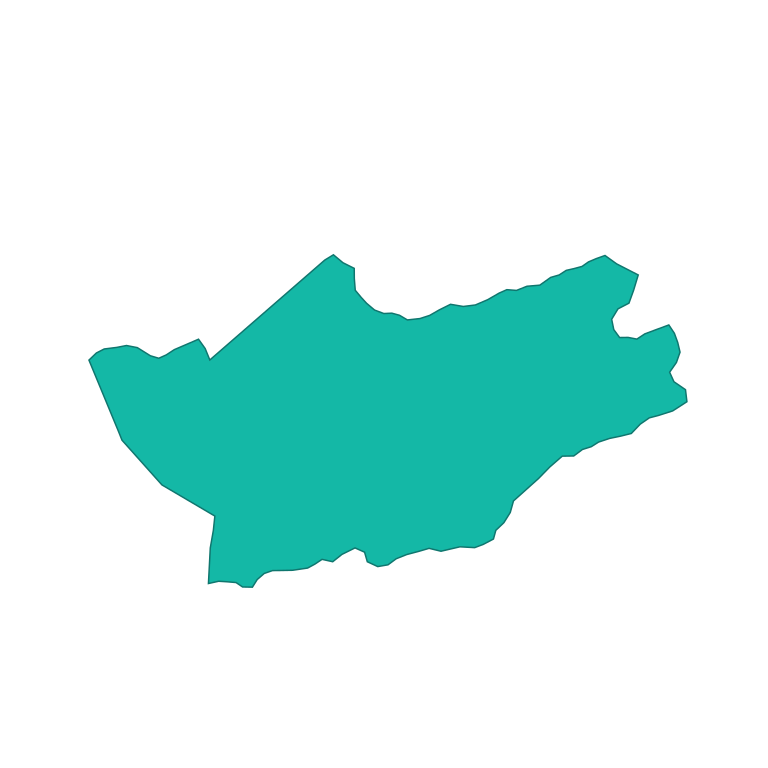 Piraí do Norte, Bahia, Brazil (Mercator projection), rotated 229°
{"feature_id": "56859067B87975960795932", "entity_name": "Piraí do Norte", "entity_type": "district", "adm_level": 2, "iso_a3": "BRA", "parent_name": "Brazil", "parent_adm1": "Bahia", "projection": "mercator", "projection_center": [-39.385, -13.812], "detail": "fine", "context": "isolated", "style": "filled", "palette": "teal", "viewbox_px": 768, "rotation_deg": 229, "n_neighbors": 0, "source": "geoboundaries", "source_scale": "gbopen_adm2", "svg_char_len": 1671}
<svg xmlns="http://www.w3.org/2000/svg" viewBox="0 0 768 768"><g transform="rotate(229 384 384)"><path d="M171.9,601.0L181.9,607.8L195.5,604.3L205.5,607.3L208.4,618.8L213.8,628.3L222.6,632.9L231.7,636.4L241.7,637.7L246.1,626.1L250.7,613.8L252.0,604.3L259.0,598.8L264.5,592.3L274.3,593.1L283.5,598.3L287.2,609.9L284.3,621.9L291.0,633.9L299.5,647.4L322.0,638.4L336.0,635.1L339.4,626.4L342.0,618.4L342.8,610.6L346.5,603.0L350.2,596.1L351.4,587.7L355.1,579.7L356.4,566.4L364.0,556.0L367.7,545.4L374.6,538.6L377.1,530.4L379.6,517.6L383.7,504.8L390.5,494.7L400.5,486.5L403.7,474.2L405.8,463.5L409.8,454.1L417.0,443.7L425.7,440.8L432.3,436.4L437.3,430.1L446.0,425.4L456.4,423.8L464.3,423.6L473.6,423.8L483.2,430.9L490.8,437.4L502.4,432.6L514.7,430.6L516.4,420.6L516.4,354.6L516.4,303.9L516.4,268.3L528.1,272.3L539.5,273.4L543.4,261.1L547.5,248.3L548.8,238.8L551.2,230.9L558.6,226.2L573.3,221.7L582.0,214.9L586.9,206.4L594.0,195.8L596.1,187.3L595.6,177.0L521.5,152.2L513.5,149.4L453.5,150.2L395.3,169.7L385.5,159.2L374.3,145.4L348.6,120.6L343.6,129.8L337.8,135.7L331.2,142.1L323.6,144.1L317.0,151.4L319.6,160.0L319.6,169.3L316.3,177.5L311.2,183.5L303.4,192.8L295.2,205.6L293.4,213.7L292.3,222.2L283.5,228.7L283.0,240.5L279.3,254.6L269.8,259.0L260.8,254.8L250.3,259.5L244.9,268.4L244.1,278.6L240.4,289.2L234.9,300.4L230.4,310.2L220.4,317.3L211.3,334.5L201.0,345.1L197.8,353.8L195.2,364.9L200.2,372.4L200.7,383.5L204.2,395.0L210.8,405.0L211.3,438.8L212.6,454.6L212.6,471.2L205.2,480.0L204.4,490.8L200.7,499.3L199.4,507.8L194.9,518.6L189.4,528.4L184.4,538.2L185.6,551.0L184.4,562.0L180.2,570.5L174.3,584.2L171.9,601.0Z" fill="#14b8a6" stroke="#0f766e" stroke-width="1.5"/></g></svg>